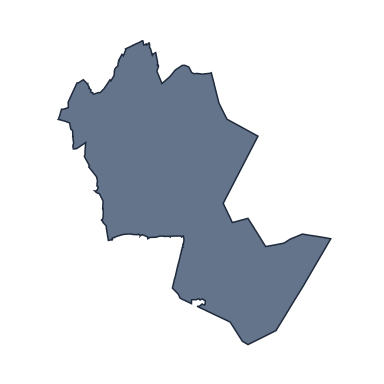 Hengelo (O), Overijssel, Netherlands, rotated 281°
{"feature_id": "6326949B60832085423850", "entity_name": "Hengelo (O)", "entity_type": "district", "adm_level": 2, "iso_a3": "NLD", "parent_name": "Netherlands", "parent_adm1": "Overijssel", "projection": "natural_earth1", "projection_center": [6.781, 52.252], "detail": "fine", "context": "isolated", "style": "filled", "palette": "slate", "viewbox_px": 384, "rotation_deg": 281, "n_neighbors": 0, "source": "geoboundaries", "source_scale": "gbopen_adm2", "svg_char_len": 5450}
<svg xmlns="http://www.w3.org/2000/svg" viewBox="0 0 384 384"><g transform="rotate(281 192 192)"><path d="M128.5,119.1L130.0,122.7L129.8,122.8L130.1,123.0L130.2,122.9L131.1,122.4L132.0,123.2L132.3,124.3L132.8,124.9L133.1,125.3L133.6,125.9L133.8,126.1L134.8,127.9L135.3,128.9L136.0,130.3L136.3,130.6L137.2,132.7L137.9,134.8L138.2,135.8L138.4,136.8L138.7,137.9L138.9,138.9L139.0,139.8L139.0,140.1L139.2,140.3L139.1,140.6L139.1,140.8L139.0,142.1L139.7,146.6L139.9,146.6L140.0,147.4L140.3,147.5L140.1,148.3L139.3,149.6L139.1,149.6L140.2,150.3L140.2,151.1L140.4,151.2L140.5,151.6L140.5,152.3L140.4,152.6L140.2,153.7L139.9,154.8L139.4,157.0L137.7,157.5L138.3,158.3L139.7,159.9L139.7,161.3L140.3,162.7L140.3,163.0L140.2,163.3L140.5,164.4L140.8,165.5L141.4,166.5L141.9,167.5L142.4,168.6L142.7,169.7L143.3,172.4L143.0,173.3L143.1,173.6L143.3,173.7L143.6,175.6L143.9,176.8L144.1,178.1L144.1,178.3L143.6,179.2L144.6,179.4L145.0,181.5L145.7,184.6L146.7,189.5L146.1,190.1L145.8,190.3L147.1,191.9L146.6,192.1L145.4,192.7L144.3,193.0L143.2,193.3L142.0,193.4L140.8,193.4L139.8,193.3L139.6,193.2L139.5,193.4L139.3,193.5L139.1,193.5L138.4,193.5L138.3,193.1L136.5,193.2L135.9,193.3L135.7,193.2L135.7,193.3L135.6,193.2L134.7,193.1L134.3,193.1L133.8,193.0L132.9,192.9L132.6,192.8L132.3,192.8L132.3,193.0L129.0,192.8L129.0,192.7L127.3,192.6L126.9,192.7L120.7,192.4L120.3,192.3L116.5,192.1L115.2,192.0L107.8,191.8L105.7,191.7L103.7,191.5L103.4,191.4L98.5,191.3L94.2,191.1L93.9,191.1L93.7,191.3L93.5,191.6L93.1,192.2L92.7,192.8L91.5,194.6L90.2,196.5L89.4,197.5L88.7,198.4L87.0,199.5L85.4,200.8L82.3,212.8L85.9,212.1L86.2,212.3L86.6,214.2L86.6,214.3L87.1,217.0L87.9,217.8L88.2,218.3L88.4,219.4L88.3,219.6L88.1,219.9L87.5,220.5L88.0,221.1L88.5,221.8L88.8,222.4L88.9,222.8L88.9,223.2L88.7,223.5L88.4,223.7L88.3,223.9L88.2,224.3L87.9,225.7L87.7,225.9L87.4,225.9L87.1,225.9L86.7,226.0L86.4,226.0L86.0,226.1L85.3,226.1L84.1,226.2L83.9,226.2L83.7,226.1L83.5,225.9L83.5,225.6L83.6,224.6L83.7,224.1L83.9,223.7L84.0,223.5L83.9,223.1L83.7,222.9L82.9,222.4L82.7,222.2L82.4,222.1L81.8,221.6L81.4,221.0L81.2,220.5L81.0,220.1L80.8,218.8L79.5,223.5L79.6,223.9L79.6,224.1L79.3,224.4L71.6,254.3L55.1,269.9L52.9,276.1L56.0,280.1L72.0,300.9L88.9,307.2L105.2,313.2L120.8,319.1L143.0,326.8L160.6,333.0L171.9,336.9L172.6,337.1L172.5,330.7L172.4,327.5L172.3,322.5L171.9,314.2L171.8,308.5L169.1,304.4L166.9,301.1L166.1,299.8L164.5,297.4L159.4,292.1L155.5,282.5L152.5,274.7L166.3,261.9L167.3,260.8L168.6,259.8L176.8,251.9L171.3,240.7L169.7,237.4L174.7,233.8L175.9,232.9L176.1,232.7L186.8,224.8L259.4,246.1L270.1,212.5L283.7,202.0L284.4,201.5L296.1,196.0L304.3,192.2L312.7,188.2L312.1,187.4L310.7,182.9L310.3,181.6L310.0,180.8L309.6,179.3L309.5,175.5L309.3,174.4L308.5,171.2L308.8,170.2L309.2,168.9L314.1,165.0L315.0,160.6L314.9,160.4L314.4,158.2L308.5,152.3L301.2,148.4L292.7,141.8L304.0,134.4L308.8,135.2L310.2,134.6L310.1,134.4L309.8,133.8L312.5,133.6L315.0,132.6L318.4,131.2L320.4,130.4L321.9,129.8L320.2,127.6L318.6,127.0L319.2,126.7L319.3,126.6L321.4,125.6L324.8,123.9L325.3,123.4L325.5,122.8L328.6,122.3L330.1,121.6L330.2,121.4L330.1,121.2L329.7,120.9L329.4,120.7L328.7,120.4L328.4,120.2L328.1,120.0L328.0,119.8L328.0,119.7L327.9,119.7L327.6,119.4L328.6,118.8L327.0,116.7L328.3,116.0L329.6,115.6L331.0,114.9L330.7,114.3L330.8,114.1L330.5,113.6L330.4,113.5L329.7,112.8L329.3,112.4L328.1,110.8L327.2,109.4L325.9,107.6L324.9,106.2L324.8,106.3L322.8,103.5L322.5,103.3L322.2,102.7L320.2,100.0L319.7,99.4L319.2,99.9L312.6,98.6L313.6,97.5L313.8,97.0L307.2,94.9L306.9,95.4L305.0,94.8L303.3,95.1L301.4,95.1L299.5,93.5L298.6,93.0L296.5,92.7L291.6,93.3L285.6,91.2L286.5,90.1L277.0,86.1L276.6,86.0L276.3,85.8L274.9,84.7L274.5,84.5L273.6,84.0L272.8,83.4L272.2,83.0L271.9,82.8L271.8,81.9L271.8,81.4L271.7,81.1L270.7,79.3L269.8,77.8L269.4,77.1L269.6,75.7L270.6,75.6L270.6,75.0L270.8,73.8L270.9,73.3L271.1,73.3L271.5,73.2L272.1,73.3L272.3,73.2L272.8,73.4L273.0,73.4L273.1,73.2L274.1,71.2L274.3,71.5L275.0,71.2L277.3,69.3L278.5,69.0L278.2,68.6L281.5,63.9L280.5,62.8L279.5,61.8L277.6,59.8L277.4,59.5L277.4,59.4L277.1,58.5L277.1,58.3L268.6,56.2L256.6,53.3L256.4,53.3L251.3,54.5L249.0,50.5L248.5,49.2L248.4,48.6L248.4,48.1L243.4,47.7L238.0,47.1L237.8,46.9L237.6,47.7L237.7,48.8L237.6,49.4L237.6,49.7L237.6,49.9L237.5,50.5L237.4,52.3L237.4,53.1L237.4,53.3L237.4,53.6L237.2,54.0L236.7,57.3L236.5,57.9L236.5,58.3L236.5,58.6L236.3,58.8L236.1,58.8L235.9,58.9L230.6,61.0L229.5,63.0L229.4,63.1L228.0,63.4L225.9,64.0L225.5,64.1L225.0,64.1L224.7,64.2L223.0,64.4L223.0,64.5L223.2,64.8L221.9,65.1L221.1,65.2L220.7,65.2L220.6,65.3L219.8,65.7L219.5,65.7L218.6,66.1L217.9,66.3L217.0,66.5L216.4,66.4L216.0,66.4L215.7,66.3L215.5,66.2L214.9,66.3L214.2,66.3L211.6,67.3L212.5,70.4L220.2,78.2L214.1,78.9L212.0,79.1L208.7,79.8L208.1,79.8L206.4,79.5L198.2,86.3L197.0,85.8L188.8,95.3L184.9,97.1L184.3,97.1L182.5,97.1L181.5,97.4L179.9,97.4L179.2,98.6L179.1,98.8L178.8,98.9L178.6,99.0L177.9,98.9L176.4,98.6L175.6,98.6L175.6,98.4L174.4,96.9L174.4,96.5L174.2,96.8L174.0,97.1L173.8,97.4L173.6,97.6L173.4,98.1L173.2,98.5L173.0,99.2L172.9,99.4L172.7,101.0L172.6,101.3L172.4,101.5L172.2,101.8L166.0,106.5L158.4,107.5L158.6,107.9L154.5,108.9L150.1,109.5L149.6,109.6L149.2,109.6L148.8,109.5L148.1,109.3L147.8,109.2L147.6,109.0L147.6,108.7L147.1,108.5L145.9,110.1L145.8,110.3L145.5,110.3L145.3,110.3L145.2,110.4L145.1,110.5L142.4,114.2L142.3,114.3L141.3,114.6L140.7,114.6L128.5,119.1Z" fill="#64748b" stroke="#1e293b" stroke-width="1.5"/></g></svg>